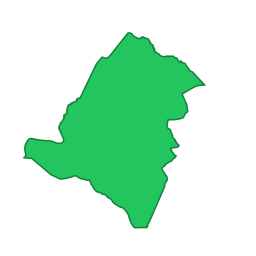 Luruaco, Atlántico, Colombia, rotated 306°
{"feature_id": "7082276B62382925413250", "entity_name": "Luruaco", "entity_type": "district", "adm_level": 2, "iso_a3": "COL", "parent_name": "Colombia", "parent_adm1": "Atlántico", "projection": "natural_earth1", "projection_center": [-75.143, 10.631], "detail": "fine", "context": "isolated", "style": "filled", "palette": "green", "viewbox_px": 256, "rotation_deg": 306, "n_neighbors": 0, "source": "geoboundaries", "source_scale": "gbopen_adm2", "svg_char_len": 5574}
<svg xmlns="http://www.w3.org/2000/svg" viewBox="0 0 256 256"><g transform="rotate(306 128 128)"><path d="M205.1,72.2L199.3,71.9L189.8,71.5L187.2,71.3L181.4,71.2L178.3,71.0L177.5,71.0L174.3,70.7L172.2,69.9L170.7,68.1L170.7,67.1L170.5,66.4L170.2,65.8L169.8,65.3L161.1,64.8L124.1,71.6L123.9,71.7L123.6,71.4L123.4,70.8L123.1,70.5L122.5,70.2L122.2,70.2L121.4,69.7L121.1,70.3L120.9,70.3L120.5,69.9L120.3,70.0L120.0,69.9L119.8,70.0L119.4,70.5L118.9,70.4L118.4,69.9L117.9,69.7L117.1,69.0L116.5,68.8L116.1,68.4L115.4,68.1L114.9,67.5L114.7,67.6L114.8,67.9L114.7,68.1L114.3,67.8L113.7,68.0L113.5,67.8L113.5,67.5L113.4,67.5L113.0,67.7L112.8,67.5L112.7,67.3L112.9,67.1L112.7,66.8L112.0,66.7L111.8,66.8L111.6,66.7L111.3,66.3L110.8,66.5L110.3,66.5L109.9,66.8L109.1,66.8L108.3,67.1L107.4,67.9L107.1,68.1L106.4,68.2L105.8,68.2L105.5,68.9L105.2,69.3L104.4,69.5L104.2,69.7L103.2,69.5L102.8,69.3L102.5,69.3L102.1,69.6L101.9,69.6L101.5,69.4L101.3,68.9L101.0,68.6L100.8,68.6L100.6,68.8L100.2,68.9L99.8,69.3L99.3,69.4L99.1,70.0L98.8,70.1L98.7,70.5L98.4,70.7L97.9,70.5L97.3,70.5L96.3,70.6L95.3,70.8L93.6,70.8L93.3,70.7L93.0,70.3L92.5,70.4L91.0,71.0L89.6,71.2L88.4,71.5L87.7,71.8L87.2,72.2L86.4,73.2L86.0,74.2L84.8,76.1L84.5,76.8L84.0,77.5L83.4,78.7L81.3,82.2L79.7,83.6L78.6,83.6L76.5,83.0L75.3,81.5L74.0,79.7L73.1,76.2L72.3,73.7L71.2,71.5L69.6,69.3L67.9,66.5L66.8,64.3L65.1,61.6L64.5,60.0L63.7,57.9L62.4,55.5L60.7,54.3L59.7,54.2L57.2,54.3L55.0,54.7L53.4,55.1L51.6,56.0L49.6,57.5L48.0,59.1L47.0,60.4L45.8,61.4L44.4,61.7L42.9,61.2L42.4,60.8L46.3,67.2L46.9,67.7L46.1,76.6L46.1,78.4L45.9,81.2L44.9,92.8L46.1,99.1L46.3,100.6L46.9,103.4L47.1,103.7L49.1,105.7L51.3,108.0L51.5,108.2L52.0,108.4L52.8,108.9L53.3,109.6L54.4,110.6L56.0,111.6L57.1,112.2L58.1,113.3L58.6,113.6L58.7,113.8L58.9,116.2L58.8,117.0L59.0,117.7L59.2,119.1L59.4,120.1L59.6,120.6L60.1,121.4L60.6,122.3L61.2,124.5L61.5,125.3L62.3,126.6L62.9,127.2L63.0,127.4L63.1,127.8L62.9,128.2L62.7,128.2L62.5,128.5L62.1,129.5L61.6,130.4L60.9,130.9L60.4,133.0L59.2,135.5L58.3,138.0L58.0,140.0L58.2,140.4L58.8,141.1L58.5,142.0L59.6,143.6L59.4,144.4L59.4,146.3L60.0,147.2L60.5,148.6L60.7,149.9L60.2,151.0L59.9,152.4L60.3,154.1L60.3,157.1L59.5,158.4L59.0,160.4L59.0,163.0L59.2,165.9L59.2,167.2L59.8,169.1L60.3,170.0L60.3,172.3L59.8,174.6L59.1,176.5L58.0,179.3L55.2,182.8L53.2,186.1L52.0,188.7L51.3,190.8L51.6,192.6L54.3,196.0L58.4,201.6L59.1,201.8L59.4,201.7L59.5,201.4L60.0,201.5L60.3,201.3L60.7,201.3L61.0,201.2L61.2,200.9L61.3,200.5L64.3,200.5L102.5,192.0L103.8,190.9L104.4,190.8L105.8,190.3L107.1,190.6L109.4,190.1L109.9,189.4L110.6,189.0L111.1,188.6L111.8,187.6L111.8,186.4L113.1,183.7L113.9,181.7L114.1,180.6L114.9,179.8L116.2,179.0L117.2,179.3L118.2,179.7L118.8,180.1L120.9,179.9L122.3,180.3L122.6,180.7L123.1,180.7L123.8,181.1L124.5,181.2L125.1,181.2L125.8,181.9L126.9,182.7L127.6,182.5L128.5,182.5L129.3,182.7L130.3,182.8L130.8,183.2L132.0,183.4L133.5,183.4L133.4,183.2L133.6,182.3L133.6,181.0L133.8,180.1L134.1,179.9L134.2,179.6L134.3,179.4L134.3,178.9L134.4,178.1L135.0,177.3L135.8,175.7L136.6,174.6L137.4,175.1L137.8,175.4L138.4,176.0L139.0,176.5L139.5,177.3L140.0,177.9L140.4,178.1L140.8,178.6L141.5,179.0L142.0,179.4L142.3,179.6L143.3,179.5L143.7,179.6L144.7,176.0L145.3,174.1L145.6,174.1L145.8,173.6L146.3,172.6L146.3,171.0L146.6,170.2L146.8,169.7L147.3,169.0L148.2,168.4L148.5,168.0L149.0,167.1L149.6,165.6L150.0,165.2L151.2,163.7L151.5,163.5L151.3,160.7L151.4,159.4L151.8,158.8L152.8,158.3L153.5,158.1L154.6,157.2L154.8,156.9L155.8,156.8L156.1,156.7L158.1,155.6L160.0,158.0L161.7,160.3L163.5,162.2L165.1,163.8L167.8,166.0L168.9,166.5L169.5,166.6L170.3,166.5L172.5,166.0L173.4,165.9L173.9,166.0L176.2,166.7L177.7,165.5L182.1,161.0L182.1,160.6L187.3,151.7L198.7,156.8L201.6,158.3L203.5,159.8L207.9,164.7L210.3,152.1L210.3,151.8L211.2,147.3L210.8,145.5L210.9,144.6L210.7,144.0L211.1,143.5L211.2,143.1L212.3,140.3L212.6,138.1L213.6,137.1L213.6,135.5L212.7,134.7L212.8,134.6L212.9,134.2L212.9,133.7L213.0,133.3L213.1,133.2L212.9,132.8L213.2,131.2L211.8,131.3L211.8,130.5L211.9,130.0L212.0,129.1L212.1,128.4L213.0,127.3L213.0,126.4L213.0,125.5L212.6,124.5L212.4,123.3L212.7,122.4L212.5,121.9L212.0,121.7L211.5,121.1L211.3,120.4L210.8,120.0L210.7,119.8L210.6,119.6L210.4,119.9L210.1,119.6L209.8,118.9L209.4,117.6L209.2,117.4L209.2,117.6L208.9,117.6L208.6,117.2L208.5,116.9L207.3,115.9L206.9,115.5L206.6,114.6L206.1,113.4L205.5,112.4L205.7,110.9L206.0,110.2L205.9,110.1L205.9,109.7L206.0,109.6L205.6,108.8L205.7,108.6L205.8,107.7L205.8,107.1L205.7,106.7L205.8,105.9L205.5,105.5L205.6,105.4L205.9,105.1L206.1,104.8L206.0,104.5L205.9,104.3L205.8,103.9L206.2,103.7L206.5,103.7L206.5,103.4L206.5,103.1L207.0,103.3L207.3,103.1L207.7,102.5L207.7,102.2L207.8,102.0L208.1,101.8L208.2,101.7L208.1,101.4L207.9,101.5L207.7,101.5L207.7,101.4L207.8,101.2L208.1,101.0L209.0,100.1L209.3,100.1L209.5,99.7L209.6,99.3L209.7,99.0L209.6,98.7L209.5,98.3L209.5,97.9L209.3,97.2L209.4,96.4L209.5,96.3L209.8,96.5L210.0,96.1L210.4,96.0L210.4,95.9L210.4,95.4L210.5,95.2L210.7,94.6L211.2,94.1L211.3,93.5L211.7,92.9L211.9,92.3L211.9,92.1L211.5,91.8L211.4,91.6L211.5,91.2L211.2,90.1L211.2,89.4L211.1,88.9L210.4,87.5L210.3,87.4L210.5,87.0L210.5,86.8L210.4,86.8L210.2,86.9L210.0,86.3L209.7,85.7L209.1,85.6L208.1,85.5L207.7,85.3L207.0,84.5L206.5,84.3L206.2,84.0L206.2,83.9L206.3,83.3L206.3,83.0L206.2,82.5L206.0,81.5L205.8,81.2L205.9,80.7L205.8,80.2L205.9,79.4L205.8,78.2L205.7,77.7L205.7,77.2L206.3,76.4L206.4,76.2L206.5,75.9L206.3,75.2L206.3,74.2L206.2,74.0L206.1,73.8L205.7,73.6L205.5,73.1L205.2,72.7L205.1,72.2Z" fill="#22c55e" stroke="#15803d" stroke-width="1.5"/></g></svg>